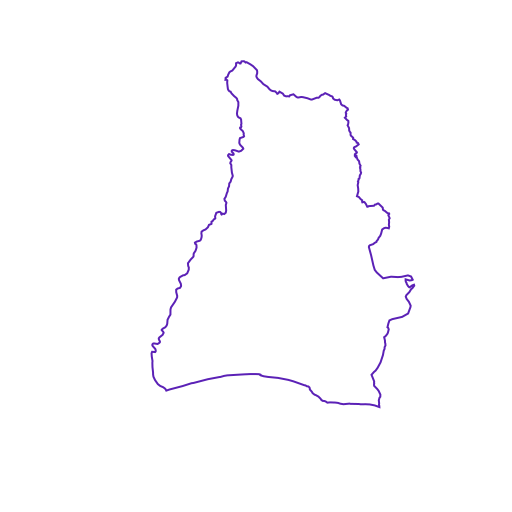 Beloha, Androy, Madagascar (Natural Earth projection), rotated 338°
{"feature_id": "10022922B63714971659336", "entity_name": "Beloha", "entity_type": "district", "adm_level": 2, "iso_a3": "MDG", "parent_name": "Madagascar", "parent_adm1": "Androy", "projection": "natural_earth1", "projection_center": [45.029, -25.05], "detail": "fine", "context": "isolated", "style": "outline", "palette": "violet", "viewbox_px": 512, "rotation_deg": 338, "n_neighbors": 0, "source": "geoboundaries", "source_scale": "gbopen_adm2", "svg_char_len": 6126}
<svg xmlns="http://www.w3.org/2000/svg" viewBox="0 0 512 512"><g transform="rotate(338 256 256)"><path d="M122.4,347.2L126.0,347.4L139.2,349.1L148.6,349.8L150.5,350.3L165.2,352.2L176.6,354.5L177.6,354.8L181.4,355.2L184.6,355.9L200.4,361.2L206.7,363.4L213.7,366.3L215.1,367.1L215.6,367.6L215.3,367.9L215.7,368.5L218.1,370.4L221.8,372.6L230.8,377.3L239.6,383.0L243.7,386.2L252.5,394.0L253.4,394.5L254.3,395.8L255.7,396.6L256.3,397.9L256.3,398.8L256.0,399.6L256.0,400.2L256.9,402.7L257.1,404.3L258.4,406.6L259.1,407.1L261.2,409.7L262.4,412.5L262.7,414.1L263.3,414.7L263.4,415.2L265.3,416.2L266.5,417.5L267.2,418.7L269.7,419.4L274.8,421.7L277.1,423.0L278.8,424.5L281.6,426.2L287.4,427.9L288.3,428.5L296.0,431.8L297.7,432.8L301.9,434.4L305.8,436.2L310.1,439.0L313.8,442.3L314.2,441.1L314.3,440.0L315.0,438.7L315.8,435.8L317.4,433.7L318.5,433.1L319.4,431.1L319.2,427.1L318.6,424.8L316.9,420.6L317.5,418.8L317.9,418.4L318.1,417.4L318.6,416.5L318.6,409.4L322.0,407.7L323.9,407.1L326.9,405.2L331.6,401.3L336.6,395.4L339.0,391.6L340.4,390.3L341.1,388.7L342.5,387.5L343.1,385.7L343.2,384.6L343.9,382.7L344.4,379.3L346.2,378.8L348.5,377.5L349.5,376.6L351.6,373.7L351.6,371.8L351.2,371.3L353.5,368.1L355.6,365.7L358.7,365.6L368.7,367.2L375.5,366.3L380.1,361.2L380.8,360.0L380.6,355.8L379.6,352.2L379.6,349.8L380.8,348.6L384.7,346.9L387.5,344.8L388.8,344.5L391.6,342.8L391.7,341.8L389.8,341.8L386.7,342.6L386.3,342.3L385.7,340.8L385.3,338.3L385.5,337.0L385.3,336.4L385.4,335.1L386.0,333.7L389.3,336.3L391.5,336.8L392.4,336.7L392.1,333.1L389.6,330.9L383.0,329.8L379.6,328.7L373.5,325.8L365.5,324.3L361.8,316.5L360.9,313.4L361.3,308.8L363.0,298.4L364.0,290.0L364.6,289.1L365.6,288.7L369.2,288.9L370.8,288.3L372.9,288.1L373.4,287.4L375.3,286.4L376.5,285.1L378.7,283.9L380.4,282.1L382.9,278.7L385.1,278.2L386.6,278.3L388.0,279.0L389.5,280.1L390.5,278.7L390.9,276.8L392.1,274.5L392.8,272.1L394.1,271.0L394.0,267.8L395.3,266.9L395.3,266.3L394.1,265.7L392.4,262.5L391.2,261.1L391.1,260.5L391.6,258.6L389.2,253.2L388.3,252.9L386.7,253.2L385.6,252.9L384.2,253.6L379.2,252.0L378.1,252.2L377.6,252.0L377.4,249.0L376.8,246.8L376.4,246.3L374.7,246.1L374.7,245.5L375.3,244.1L374.3,242.4L373.5,239.9L372.0,238.4L375.0,234.6L376.0,231.8L376.8,228.4L378.5,225.9L378.6,225.5L378.4,225.2L379.6,223.8L380.0,223.0L380.6,223.0L381.1,222.6L382.5,220.1L384.0,219.0L384.7,218.0L384.6,216.4L385.2,215.1L385.3,213.9L385.8,213.3L385.7,212.5L386.8,211.5L386.5,209.1L387.1,206.7L386.3,204.6L386.4,201.8L386.7,200.6L386.0,199.9L385.3,200.9L385.1,200.2L385.8,198.7L386.7,198.3L387.8,198.2L388.4,197.6L387.1,193.8L387.0,192.9L387.4,192.2L388.1,191.9L389.8,191.9L393.0,191.0L392.9,189.5L391.8,188.6L392.0,187.7L391.7,186.8L391.1,185.5L389.8,183.9L390.4,182.7L389.0,179.8L389.2,178.7L389.9,177.1L389.5,175.8L389.4,174.6L390.2,172.3L389.9,169.1L390.8,168.3L391.8,166.6L392.2,165.2L391.4,164.1L390.2,161.1L391.9,160.4L392.2,158.9L393.0,157.9L392.8,157.1L393.0,156.5L394.8,155.1L396.1,154.8L396.3,153.4L395.5,152.5L394.0,149.8L392.6,148.8L391.8,147.3L392.1,143.3L391.8,142.1L389.8,142.1L387.5,140.6L386.6,139.1L386.5,138.5L386.7,137.6L386.4,136.6L384.8,135.2L384.4,134.4L381.1,130.9L378.5,131.5L377.6,131.2L375.7,131.6L374.6,132.3L373.3,132.7L371.7,132.0L366.4,131.9L365.4,131.4L362.8,129.0L359.0,126.3L357.5,125.5L354.6,124.9L353.8,124.5L353.0,123.5L351.3,120.1L347.7,119.7L346.6,120.5L345.2,119.7L343.8,119.3L342.2,117.9L341.7,115.5L339.3,112.4L337.7,113.5L336.5,113.6L336.3,112.5L335.4,110.5L333.2,109.3L332.0,108.2L331.0,106.5L330.0,103.3L327.2,99.4L325.9,95.9L324.0,92.6L323.6,90.8L323.6,89.7L324.1,88.7L325.5,87.1L326.2,85.5L326.5,84.1L324.4,78.9L322.6,76.2L319.9,72.8L318.8,72.7L318.4,71.7L317.8,70.9L315.5,70.1L313.8,71.7L313.2,71.5L312.3,70.1L311.8,69.7L309.7,69.8L309.1,71.5L308.2,72.6L303.5,75.2L301.5,75.3L300.1,75.7L297.9,77.7L296.9,79.0L294.6,79.4L293.7,81.2L294.7,81.4L295.2,82.4L294.1,84.8L293.2,88.0L292.5,90.7L292.6,92.1L293.1,93.4L294.0,94.1L294.2,96.0L295.6,99.5L297.0,102.1L297.3,103.3L297.0,104.5L297.3,106.7L295.9,110.1L293.1,114.3L291.7,116.8L291.3,118.5L291.4,120.1L291.9,121.1L293.2,122.5L293.3,123.9L292.0,128.0L291.3,128.7L290.9,130.6L290.2,131.2L289.4,131.0L289.1,131.4L289.3,132.7L290.5,135.1L290.6,136.1L290.6,137.7L290.0,138.8L289.8,140.5L289.0,140.9L285.3,140.7L284.3,142.0L282.9,144.8L282.8,145.6L283.0,147.2L284.4,150.6L284.4,151.8L281.6,152.9L279.2,152.8L276.2,150.2L274.9,149.4L273.7,149.0L272.9,149.4L272.6,150.2L273.5,152.4L273.5,153.2L273.2,153.6L272.5,153.7L270.5,152.6L269.2,151.4L267.8,152.1L267.6,152.9L269.2,157.9L269.1,158.4L267.6,159.4L266.9,160.3L267.2,162.4L266.3,164.6L264.9,169.7L264.5,172.9L264.1,173.6L261.8,175.6L260.3,177.6L258.4,178.7L257.1,181.3L255.3,182.9L253.9,185.5L252.6,186.7L250.1,189.8L248.1,191.2L247.8,193.0L248.4,194.5L248.5,195.6L247.1,197.4L245.4,202.6L244.2,204.5L242.3,205.2L240.9,204.2L239.7,204.7L239.5,204.4L239.7,202.8L239.2,201.7L238.2,201.2L235.4,201.1L232.9,203.9L232.4,205.8L231.9,206.1L230.7,206.2L229.0,207.3L227.6,207.5L226.8,209.5L226.4,209.6L224.1,209.5L222.1,211.4L219.1,212.5L216.9,212.5L214.7,213.0L213.8,214.6L213.4,216.5L212.7,218.0L211.5,219.6L210.5,220.5L209.5,220.8L206.5,220.4L204.4,220.7L204.2,221.9L204.9,222.8L204.8,223.8L204.0,226.0L201.9,228.5L199.4,230.2L198.9,230.8L198.1,232.7L197.5,233.3L194.3,234.7L190.2,237.2L189.4,239.8L189.4,241.5L188.5,243.5L185.7,246.3L182.7,247.0L181.1,246.6L177.9,247.0L177.0,247.3L176.0,248.1L175.8,248.5L175.6,249.7L175.9,253.6L175.4,255.5L175.1,256.0L173.5,257.1L171.1,256.8L169.4,257.3L168.5,259.6L168.0,263.5L167.3,264.9L163.7,268.0L158.0,271.8L156.7,273.5L154.7,278.3L152.7,279.7L150.1,282.0L148.3,285.6L147.1,287.0L145.2,288.1L142.6,288.4L141.0,289.0L140.8,289.3L141.6,291.7L141.6,292.6L139.9,294.1L135.9,295.3L135.0,295.9L134.7,297.0L134.9,299.2L134.7,299.8L133.9,300.3L131.8,300.7L128.6,298.8L127.6,298.7L126.9,299.1L126.5,299.7L126.5,300.8L127.8,304.4L127.7,305.8L127.2,306.9L126.5,307.3L123.8,305.9L122.7,307.1L121.7,310.2L120.7,314.6L119.9,316.2L118.4,320.2L116.9,325.5L116.2,327.3L115.7,329.5L115.9,333.2L117.0,338.0L118.5,340.6L120.7,342.8L121.8,344.5L122.3,345.8L122.4,347.2Z" fill="none" stroke="#5b21b6" stroke-width="2"/></g></svg>